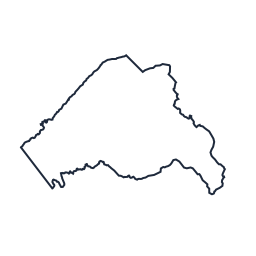 the district of Tuolumne, California, United States of America, rotated 9°
{"feature_id": "52423323B26881284907235", "entity_name": "Tuolumne", "entity_type": "district", "adm_level": 2, "iso_a3": "USA", "parent_name": "United States of America", "parent_adm1": "California", "projection": "albers", "projection_center": [-120.026, 38.034], "detail": "fine", "context": "isolated", "style": "outline", "palette": "slate", "viewbox_px": 256, "rotation_deg": 9, "n_neighbors": 0, "source": "geoboundaries", "source_scale": "gbopen_adm2", "svg_char_len": 5480}
<svg xmlns="http://www.w3.org/2000/svg" viewBox="0 0 256 256"><g transform="rotate(9 128 128)"><path d="M114.8,56.5L114.4,57.0L112.9,58.0L111.7,58.3L110.4,59.0L108.8,59.6L107.8,60.0L107.1,60.4L106.3,60.6L105.5,61.6L104.2,61.9L102.6,62.2L101.5,62.3L100.1,62.9L98.5,63.5L97.4,63.8L96.3,64.6L95.0,65.8L93.6,66.8L92.8,67.3L91.9,69.2L91.7,69.7L91.1,70.1L90.9,70.9L90.1,72.6L89.4,73.9L88.3,75.5L87.1,76.5L86.1,77.2L85.4,78.0L84.7,79.4L84.3,80.6L83.2,81.8L81.6,82.9L80.8,84.6L79.4,86.1L79.2,87.6L77.7,89.0L76.8,90.5L76.6,92.2L74.3,94.2L73.0,96.6L71.8,98.5L71.0,99.6L70.4,100.5L70.2,101.7L69.7,102.8L68.1,104.0L67.2,105.6L65.9,106.6L65.2,107.7L64.8,108.6L65.2,108.7L65.0,109.6L64.3,109.8L63.8,111.1L62.7,113.6L60.5,115.0L59.8,117.3L59.2,119.3L57.9,120.3L57.2,120.8L56.9,122.3L56.2,123.2L55.5,123.2L55.1,124.1L55.0,124.8L53.7,126.4L53.3,127.9L52.1,130.1L52.1,131.5L51.1,131.9L49.4,131.7L48.2,131.9L47.1,132.6L47.0,134.9L46.6,135.4L45.7,135.3L45.5,135.0L45.3,134.4L45.5,134.3L45.8,133.9L45.6,133.4L44.8,133.2L44.4,133.7L44.1,134.7L43.2,135.1L42.5,135.3L42.5,136.0L43.1,136.6L42.6,137.3L42.0,137.4L41.2,137.8L41.5,138.5L41.8,138.4L42.3,138.3L43.1,138.2L43.1,138.9L44.3,139.9L45.0,140.9L44.5,142.6L43.1,143.4L42.2,143.7L41.9,144.4L41.6,144.9L41.5,145.8L41.8,146.5L41.5,147.2L41.2,147.7L40.8,148.2L40.5,148.0L39.7,148.0L39.1,148.9L38.2,149.5L38.1,150.6L37.7,151.4L37.4,152.2L36.5,152.7L35.5,152.4L34.5,152.9L33.4,153.8L33.4,154.6L32.7,155.5L32.3,155.9L32.1,156.2L32.2,156.4L31.8,156.6L31.1,156.8L29.5,157.7L28.3,158.6L27.8,159.6L27.5,160.5L26.9,161.4L26.6,162.4L25.4,163.6L25.3,163.9L62.7,199.5L62.9,199.4L63.3,198.7L63.6,198.1L64.1,197.2L64.3,196.5L63.9,195.4L63.1,195.0L62.5,194.1L61.8,193.2L61.8,192.1L62.1,191.3L62.1,190.9L62.6,190.6L63.4,190.8L64.0,191.0L65.5,191.2L66.3,192.2L67.3,192.1L68.1,192.6L68.8,193.5L69.4,194.6L70.3,195.4L70.6,196.2L71.1,196.7L72.2,196.6L73.1,196.1L73.5,194.9L74.0,194.1L73.7,192.6L72.7,191.0L71.9,189.7L70.9,188.1L70.6,187.1L70.2,186.4L69.8,185.8L69.6,185.2L69.5,184.6L69.3,184.3L69.2,183.8L68.9,183.5L68.8,183.1L69.2,182.9L69.6,182.9L70.0,183.0L70.5,182.6L71.1,182.6L71.7,182.9L72.5,182.5L73.0,181.7L74.3,181.5L75.6,181.7L76.5,182.1L76.8,182.3L77.3,181.8L77.3,181.2L77.3,180.3L77.6,179.9L78.3,180.4L79.0,180.9L80.3,181.4L80.9,181.7L81.0,181.3L80.8,181.1L80.7,180.4L81.5,179.0L82.7,178.8L83.1,178.6L83.5,178.3L83.8,177.9L83.6,177.2L83.8,176.7L83.8,176.3L84.1,176.1L84.3,176.3L85.2,176.5L85.4,176.8L85.7,176.8L85.8,176.7L86.1,176.5L86.4,176.5L87.0,176.3L87.5,176.1L87.8,176.2L88.0,176.4L88.6,176.5L89.3,176.3L89.6,175.8L89.6,175.5L90.0,175.3L90.3,175.3L90.5,175.6L91.0,175.5L91.2,175.2L91.4,174.6L91.5,174.2L91.3,173.8L91.2,173.3L91.4,173.2L91.6,172.9L91.9,172.7L92.0,172.0L92.1,171.8L91.9,171.5L91.8,171.1L91.8,170.8L92.0,170.7L92.6,170.6L92.7,170.4L92.8,170.1L93.1,170.1L93.2,170.3L93.1,170.5L93.2,170.8L93.4,170.8L93.7,171.2L94.0,171.6L94.5,171.8L94.8,172.1L95.2,172.0L95.5,172.0L95.9,172.0L96.3,172.1L96.7,172.2L96.9,172.4L97.3,172.6L97.5,172.9L98.2,173.0L98.6,173.1L99.1,173.1L99.7,173.1L99.9,172.8L100.6,172.4L100.7,172.2L100.9,171.7L101.5,171.0L102.0,170.7L102.6,170.1L103.3,169.5L103.5,169.2L104.0,168.4L104.6,168.1L105.0,167.6L104.8,166.8L104.9,166.2L105.0,165.8L105.4,165.7L105.7,165.0L106.1,164.8L107.3,165.0L108.0,165.4L108.6,165.7L109.1,165.3L109.3,165.4L109.6,166.1L109.9,167.0L110.2,167.6L110.8,167.7L112.0,167.9L112.8,168.2L114.1,167.8L115.4,168.9L116.6,169.5L117.7,170.3L121.1,172.2L123.8,174.4L126.4,176.5L127.5,176.4L128.1,176.3L129.3,176.6L130.0,176.8L131.5,177.4L132.4,176.8L133.2,176.8L135.2,176.3L135.6,175.3L136.4,174.8L137.0,175.3L137.5,176.3L138.3,176.8L139.5,176.5L140.1,175.8L140.9,175.3L142.1,176.0L142.9,177.0L144.4,177.5L145.2,177.5L145.4,177.1L146.7,176.5L148.8,176.3L149.9,175.8L150.7,175.1L151.7,174.7L153.1,174.2L155.6,172.1L161.1,170.3L167.0,166.2L166.8,162.8L168.9,161.0L170.5,161.1L171.7,160.2L173.5,159.4L175.2,158.0L176.3,156.3L177.8,152.6L180.3,151.6L184.0,153.1L187.4,156.3L189.5,158.3L192.4,158.6L196.0,157.2L198.3,157.7L199.1,158.4L201.6,160.6L204.0,162.8L205.2,162.5L205.7,162.4L206.2,162.9L207.2,164.0L209.9,167.9L213.1,169.8L215.2,171.2L215.3,173.3L217.7,175.2L218.4,179.3L221.2,180.3L221.9,180.0L223.0,179.3L223.2,178.6L223.1,177.8L223.3,177.1L223.8,176.9L224.6,175.1L226.6,173.7L228.0,172.7L230.3,170.4L230.2,167.8L229.2,166.7L229.1,164.8L229.9,162.9L230.2,161.9L230.7,161.6L230.4,160.9L229.6,161.1L228.6,159.7L228.8,158.1L229.8,154.4L230.1,153.5L229.6,153.2L229.2,152.6L228.7,151.6L227.3,150.9L225.1,149.4L223.5,149.6L221.4,148.0L218.9,145.5L216.1,143.5L214.8,142.3L213.3,139.2L213.9,136.3L215.0,133.3L215.1,132.3L215.3,128.2L214.0,125.1L211.5,122.0L208.7,118.6L205.6,117.1L203.6,116.0L201.6,114.7L199.0,114.6L198.4,113.7L197.0,114.5L196.4,115.3L195.5,116.4L195.0,116.1L193.4,114.9L192.0,113.1L192.2,111.8L191.2,110.5L189.6,109.2L188.5,107.1L188.6,106.3L187.3,106.0L187.0,106.6L187.2,107.8L187.2,108.9L186.2,109.3L183.9,108.2L182.3,108.0L181.3,107.4L180.4,106.3L178.9,106.1L177.1,104.9L176.9,102.8L176.4,101.5L175.0,100.8L174.2,101.4L170.8,99.5L169.7,98.7L169.8,97.4L170.4,96.8L170.2,95.6L170.3,95.1L170.2,94.6L170.6,93.5L171.6,92.5L173.2,91.5L172.1,90.6L171.4,89.5L171.2,88.1L171.6,87.8L171.8,86.9L171.0,86.6L169.4,85.4L168.1,84.2L167.1,83.3L166.9,82.2L167.7,81.7L167.7,79.6L167.8,77.4L167.9,75.9L168.3,75.4L164.0,71.6L159.7,68.6L160.6,66.1L159.9,60.6L159.0,59.5L152.2,59.4L149.8,61.2L145.5,62.2L143.6,64.7L140.4,65.6L135.9,68.2L133.8,70.3L114.8,56.5Z" fill="none" stroke="#1e293b" stroke-width="2"/></g></svg>